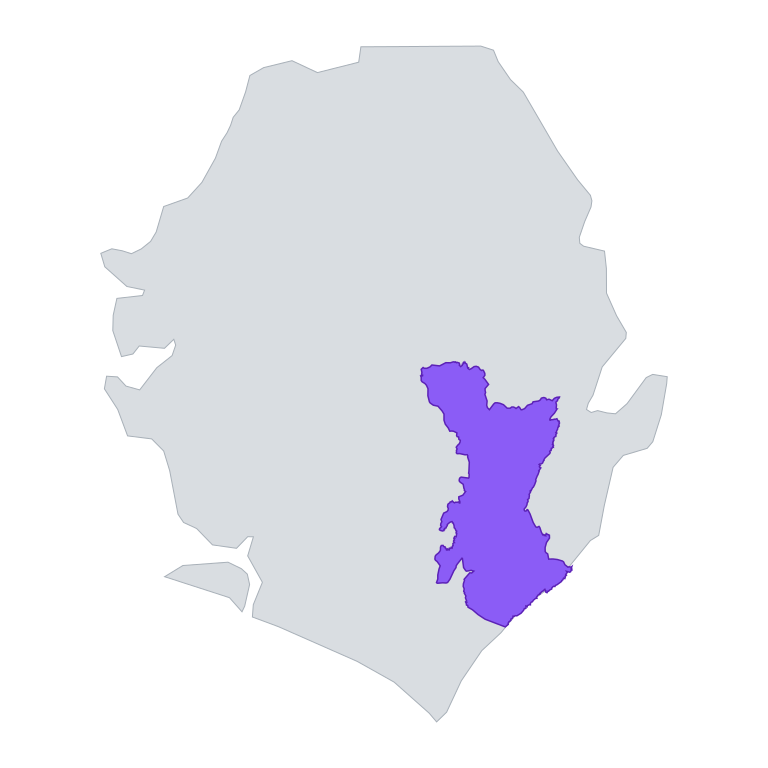 Kenema, Eastern, Sierra Leone (highlighted)
{"feature_id": "65957751B6503620183485", "entity_name": "Kenema", "entity_type": "district", "adm_level": 2, "iso_a3": "SLE", "parent_name": "Sierra Leone", "parent_adm1": "Eastern", "projection": "natural_earth1", "projection_center": [-11.159, 7.947], "detail": "fine", "context": "in_parent", "style": "filled", "palette": "violet", "viewbox_px": 768, "rotation_deg": 0, "n_neighbors": 0, "source": "geoboundaries", "source_scale": "gbopen_adm2", "svg_char_len": 7693}
<svg xmlns="http://www.w3.org/2000/svg" viewBox="0 0 768 768"><path d="M667.2,376.7L666.7,383.5L661.3,414.8L652.8,441.7L647.2,448.3L623.3,455.4L613.1,467.3L604.3,505.5L598.7,535.4L590.4,540.5L555.2,583.8L532.2,600.2L516.2,614.3L501.0,632.7L481.8,650.6L461.3,680.8L446.6,712.2L436.6,721.9L429.1,713.1L394.1,682.1L357.2,661.4L278.5,626.7L252.4,617.0L253.3,604.7L262.4,582.3L247.7,555.9L253.4,536.8L247.7,536.7L236.5,548.3L212.5,544.9L196.6,528.5L183.6,522.5L178.0,514.2L169.7,470.7L163.7,451.0L151.7,438.9L127.6,435.9L117.7,409.4L104.4,388.8L106.6,376.2L117.5,376.9L126.0,386.1L139.7,389.9L156.8,367.7L172.1,355.6L175.7,345.1L173.8,339.3L164.5,348.3L139.2,346.0L132.9,354.0L121.5,356.6L112.8,330.6L113.2,315.3L116.9,298.4L142.5,295.5L144.6,290.1L126.9,286.5L104.8,266.8L100.8,253.3L111.8,248.8L122.3,250.8L131.4,253.7L141.3,248.9L150.6,241.4L156.2,232.0L163.7,206.5L187.7,198.0L201.9,182.4L215.4,158.2L221.6,141.2L227.1,132.7L230.6,125.3L233.2,117.3L239.2,109.9L245.6,91.9L249.9,75.5L263.7,67.6L292.0,60.7L317.4,72.6L358.7,62.2L360.9,46.8L398.7,46.6L443.5,46.3L480.8,46.1L493.5,50.2L498.2,61.7L510.5,79.6L523.3,92.1L539.2,119.4L557.6,151.1L577.6,179.8L590.4,195.3L591.9,200.8L591.0,207.0L584.7,221.6L579.3,237.3L579.8,243.3L583.6,246.2L604.5,251.1L606.4,268.7L606.5,293.1L616.6,315.8L626.3,332.4L625.8,338.4L602.2,366.9L593.0,395.2L588.3,403.2L586.5,409.5L591.2,412.5L597.6,410.6L606.8,412.9L615.5,413.8L627.1,403.6L646.2,377.6L652.7,374.4L667.2,376.7ZM244.7,606.1L242.0,611.8L229.5,597.7L164.6,576.7L182.9,565.5L228.0,562.2L241.4,568.7L247.3,574.1L249.6,584.5L244.7,606.1Z" fill="#d9dde1" stroke="#a8b0b8" stroke-width="1"/><path d="M505.2,626.9L508.3,624.4L508.1,623.4L508.7,622.0L510.8,620.5L510.9,619.1L511.9,618.7L512.7,617.8L513.1,616.1L514.1,616.4L515.1,615.7L516.9,615.8L521.1,613.2L523.6,610.3L524.4,608.5L525.3,608.6L526.0,608.1L525.9,606.1L527.2,606.7L527.3,605.7L529.6,604.6L530.4,604.8L530.4,603.4L531.4,602.0L532.4,601.8L533.4,600.2L535.7,598.3L536.9,598.3L536.6,597.1L538.2,594.9L539.5,594.4L539.6,593.6L540.3,593.7L540.3,593.1L542.4,591.2L543.5,590.8L544.5,589.4L544.9,589.3L545.0,590.0L545.8,590.7L545.5,591.8L545.9,592.2L547.0,592.7L548.0,591.1L548.6,591.2L549.7,590.0L551.7,589.0L551.9,587.8L553.0,586.7L553.6,586.3L554.9,586.5L555.5,585.4L557.1,584.7L561.6,581.4L561.7,580.6L562.9,579.8L563.5,578.2L564.8,578.6L565.3,577.0L565.1,576.5L566.4,575.2L565.7,574.8L565.8,574.4L567.3,572.4L566.6,571.4L569.7,572.2L570.6,571.7L571.3,570.0L571.9,570.0L571.7,568.4L571.2,568.5L571.8,566.6L571.2,567.1L569.0,566.8L568.0,567.2L564.9,564.7L563.6,561.9L562.4,561.0L557.3,559.5L553.0,559.0L548.7,559.1L547.7,553.9L546.0,552.7L545.2,551.5L545.1,547.6L546.5,542.5L549.5,538.1L549.4,535.2L548.6,534.7L548.2,534.8L547.3,534.1L546.8,534.2L546.2,533.6L545.7,534.7L545.7,535.7L544.4,534.9L544.1,535.4L543.4,534.5L542.7,534.8L541.3,532.0L539.8,527.5L539.0,526.4L537.0,527.4L535.7,526.8L533.2,522.5L530.1,514.1L528.1,510.2L527.5,509.6L527.0,509.6L526.6,510.7L525.3,511.1L524.7,510.9L524.2,510.0L524.2,509.0L525.9,507.0L526.9,504.9L527.3,502.5L528.0,501.8L528.1,501.0L527.6,499.6L529.0,498.5L529.4,495.2L529.1,494.4L530.5,492.1L530.1,491.0L530.5,490.5L531.1,490.7L532.6,487.6L533.3,487.2L534.6,484.7L536.0,480.9L535.7,479.7L537.4,475.5L537.9,474.8L539.2,471.1L538.8,470.8L540.8,467.9L539.6,467.3L539.4,466.4L540.3,465.6L539.1,464.5L539.7,464.0L541.5,463.8L542.6,463.0L543.5,460.8L544.0,460.5L543.8,460.0L544.8,458.2L549.8,453.5L550.2,452.5L549.7,451.5L550.3,450.6L551.1,450.5L551.3,448.5L551.8,448.5L552.7,447.1L553.2,447.2L552.9,446.5L553.4,446.0L553.2,445.6L553.5,445.3L553.3,444.8L552.5,444.5L553.1,443.2L552.8,443.0L552.8,442.1L553.3,441.7L553.2,441.0L553.8,440.6L553.9,439.8L553.3,438.8L553.7,437.9L554.1,437.9L554.1,437.4L555.3,436.4L555.7,436.5L556.0,436.0L555.8,434.4L556.6,433.6L556.0,432.7L556.6,432.6L556.3,432.1L556.8,430.5L557.5,429.6L557.8,427.7L559.0,426.3L558.5,426.0L559.0,425.6L558.8,424.8L559.5,423.1L559.1,422.9L559.2,421.3L558.9,420.9L558.2,421.0L557.9,420.7L556.9,418.7L554.9,419.4L554.2,419.1L553.3,419.6L551.3,419.7L550.5,420.2L549.9,420.1L549.8,419.2L551.0,416.8L554.4,413.2L557.0,409.1L556.5,409.2L556.2,407.9L556.5,404.9L555.9,402.6L556.1,401.9L557.5,400.7L557.8,399.2L559.3,397.8L559.5,397.0L556.7,397.3L554.4,398.3L552.2,400.7L549.0,399.2L546.6,399.8L545.8,398.2L543.9,397.5L542.1,397.9L541.3,398.2L540.3,399.9L538.6,401.0L533.1,401.8L532.1,403.7L527.5,405.3L524.6,408.6L521.8,409.8L521.0,409.7L519.7,407.6L518.6,406.6L516.0,408.5L514.7,407.5L513.3,407.0L511.7,407.0L510.2,408.2L507.2,408.2L503.5,404.7L500.0,403.3L497.3,402.8L495.1,402.8L493.7,404.0L489.4,409.7L487.4,407.6L486.7,405.3L487.1,401.0L484.9,394.3L485.6,392.5L485.1,390.5L485.1,388.5L488.6,384.4L484.8,379.2L483.2,377.7L484.9,375.3L484.8,373.3L483.6,370.8L483.2,370.2L482.3,370.1L481.7,370.5L480.2,369.6L478.5,367.1L476.2,366.3L474.1,366.6L471.3,368.6L469.5,369.5L468.2,368.6L468.5,367.7L467.6,367.7L466.8,364.1L465.5,363.2L464.9,362.1L464.5,362.9L464.0,363.0L463.6,362.3L463.3,362.5L463.3,363.8L462.3,364.2L462.3,365.3L460.7,366.6L459.3,365.1L459.7,364.4L459.2,363.0L457.0,362.3L456.5,362.7L455.4,361.9L454.9,362.3L454.3,361.9L453.1,361.9L450.3,362.8L445.8,362.7L439.6,365.9L431.9,365.0L430.0,366.9L426.9,368.3L424.2,368.3L423.1,367.5L421.2,369.3L421.9,372.5L421.5,375.0L422.6,375.2L422.5,375.8L420.7,375.9L421.2,377.3L421.2,380.5L422.1,381.8L424.9,383.5L426.4,385.2L428.0,388.7L427.9,395.8L429.4,401.8L430.2,403.0L433.3,405.2L438.0,406.2L442.2,411.1L444.0,414.1L444.0,420.2L445.3,424.2L448.2,427.9L449.8,431.2L451.8,431.0L453.7,431.3L456.9,432.9L456.6,435.6L457.1,436.6L458.6,437.0L458.9,439.4L460.3,440.3L460.1,442.0L459.3,443.7L457.7,445.2L456.2,447.2L457.1,449.0L456.4,450.4L456.6,451.0L456.3,452.8L457.1,453.7L459.8,453.6L465.0,454.8L467.2,454.7L467.8,455.8L467.6,456.9L469.3,462.2L468.9,471.5L468.6,473.1L469.2,474.3L469.0,477.5L468.6,478.1L461.1,477.1L459.8,478.0L459.3,479.2L459.2,480.9L460.1,482.1L463.2,484.3L463.9,488.3L464.4,489.2L464.3,490.4L465.0,491.2L465.6,491.5L462.8,495.2L458.8,496.8L458.8,499.0L459.8,501.4L459.9,502.9L459.3,503.0L458.7,501.9L457.1,502.3L455.5,502.2L454.6,502.8L453.7,502.4L452.2,500.9L451.6,501.8L450.2,501.9L449.8,502.8L448.1,504.0L447.6,505.2L447.8,505.7L447.5,506.7L448.3,508.5L448.0,510.3L446.9,511.6L443.7,513.1L441.0,519.5L441.8,521.8L440.9,523.4L440.6,525.3L441.5,526.7L439.6,528.6L439.4,529.7L440.3,530.4L442.4,531.0L443.9,530.6L443.9,529.8L444.5,529.6L444.2,529.2L444.7,528.4L446.1,527.9L446.4,526.8L447.3,525.6L447.3,524.5L449.6,522.5L451.2,521.7L452.1,521.6L452.5,522.9L453.2,523.0L454.1,525.7L454.2,527.8L455.0,528.4L456.0,530.8L456.6,531.0L456.6,531.8L456.1,532.4L456.1,533.1L456.7,533.4L456.2,536.7L454.8,536.4L454.1,537.6L454.7,538.3L453.9,538.7L454.5,540.0L453.7,540.5L453.5,541.2L454.4,542.6L453.7,542.7L452.9,543.6L453.1,545.6L452.6,545.8L452.1,548.0L451.2,547.4L450.9,548.3L449.6,548.2L449.3,549.9L447.9,549.7L447.8,548.8L446.9,549.4L447.0,550.0L446.5,550.0L446.0,548.3L445.3,548.0L445.1,546.9L443.8,546.6L443.1,545.4L441.3,545.5L440.5,547.1L440.4,550.3L439.7,551.5L438.5,553.0L436.2,554.8L435.2,556.2L434.9,559.1L435.5,560.3L437.1,561.5L440.2,565.8L439.0,569.1L437.8,575.0L437.8,579.0L436.5,582.6L437.2,583.2L437.9,583.2L442.8,582.8L446.1,583.0L447.6,582.5L450.0,579.1L453.9,570.7L456.0,567.6L456.2,565.8L457.2,564.2L461.9,558.2L462.4,558.4L463.6,567.6L465.8,570.8L466.6,571.2L471.1,570.3L473.8,571.1L471.7,573.0L469.8,572.8L464.1,579.3L464.5,580.4L463.4,583.7L463.2,586.4L464.2,588.9L463.7,591.4L464.6,592.6L464.3,593.2L465.9,596.0L465.4,597.8L466.6,600.9L465.5,601.9L466.0,602.8L466.6,602.7L466.2,603.4L466.5,605.1L467.7,605.4L468.0,607.2L472.5,609.8L478.1,614.6L485.1,619.2L505.2,626.9Z" fill="#8b5cf6" stroke="#5b21b6" stroke-width="1.5"/></svg>